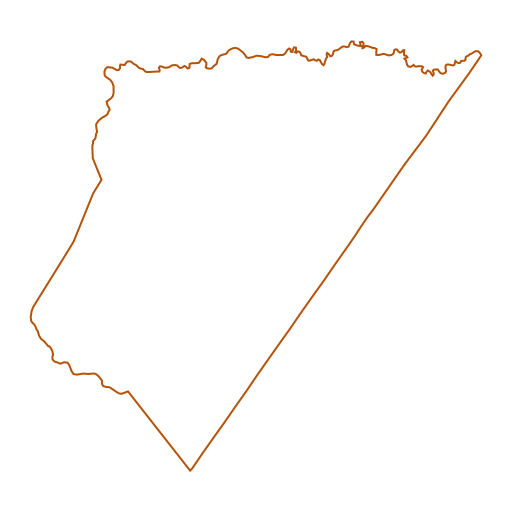 outline of Mandera East, North-Eastern, Kenya
{"feature_id": "3690345B2279611832844", "entity_name": "Mandera East", "entity_type": "district", "adm_level": 2, "iso_a3": "KEN", "parent_name": "Kenya", "parent_adm1": "North-Eastern", "projection": "albers", "projection_center": [41.581, 3.685], "detail": "fine", "context": "isolated", "style": "outline", "palette": "amber", "viewbox_px": 512, "rotation_deg": 0, "n_neighbors": 0, "source": "geoboundaries", "source_scale": "gbopen_adm2", "svg_char_len": 4272}
<svg xmlns="http://www.w3.org/2000/svg" viewBox="0 0 512 512"><path d="M190.1,470.6L192.0,468.7L203.0,452.6L214.3,436.6L224.6,422.2L236.3,405.3L246.1,391.5L257.9,374.1L267.6,360.3L279.7,343.2L290.2,328.5L300.1,314.0L308.4,302.2L312.6,296.3L324.9,279.1L335.4,263.8L347.2,247.1L355.4,235.2L358.3,230.7L367.3,217.3L374.2,208.2L400.0,171.0L405.2,163.6L426.1,135.8L428.9,131.5L436.3,120.3L441.8,111.8L448.7,101.3L467.6,75.3L469.3,73.0L481.3,55.3L480.0,53.1L478.2,51.3L475.8,51.1L473.8,52.2L471.6,53.6L469.8,54.3L468.5,55.6L467.1,56.0L465.7,57.1L465.3,60.3L464.1,60.8L462.7,60.8L461.0,61.0L460.3,62.7L458.5,63.2L457.1,62.5L455.4,61.0L454.4,64.9L452.7,65.5L450.9,65.0L449.2,64.6L447.0,64.5L445.7,65.4L445.4,67.5L445.9,70.1L446.0,71.6L444.8,73.0L442.6,73.8L440.4,73.0L438.9,71.1L437.6,69.4L435.6,69.6L434.1,69.5L432.8,70.6L433.6,72.9L433.6,74.8L432.7,75.7L431.4,74.0L430.4,72.2L427.8,70.5L426.5,71.9L425.8,73.5L424.1,73.1L422.3,71.7L421.6,69.7L422.4,68.4L423.1,67.2L421.8,66.3L419.8,66.2L418.1,66.2L416.5,66.6L415.0,66.4L413.5,64.9L412.0,66.2L410.5,66.8L408.3,66.5L407.0,64.6L406.0,60.5L404.5,58.6L405.9,58.1L407.4,57.3L406.3,55.8L404.3,55.4L403.9,54.0L404.1,52.2L404.2,50.1L402.6,50.5L401.6,52.0L400.0,52.7L398.3,51.5L397.1,49.6L395.6,49.3L394.3,50.0L393.9,52.3L393.2,53.9L391.2,55.1L388.4,55.4L386.1,54.6L384.3,53.9L382.4,54.1L380.0,54.8L378.1,55.0L376.3,54.9L376.3,51.9L376.7,49.2L374.7,48.1L372.7,47.9L368.3,46.3L365.8,45.9L364.0,47.6L362.5,48.2L362.4,46.4L363.5,45.3L363.6,43.5L362.3,41.8L359.9,42.2L360.3,44.0L361.0,46.1L358.5,45.8L356.3,45.2L354.1,44.3L353.6,41.6L351.4,41.4L350.1,42.9L349.2,45.1L348.5,46.7L346.9,47.2L345.0,46.6L342.8,46.5L341.3,47.4L339.4,48.9L337.4,50.1L335.9,50.3L333.8,51.0L333.3,52.6L333.0,54.2L331.8,55.9L330.1,56.2L329.0,54.4L327.2,52.9L326.6,54.3L326.8,55.7L327.2,57.0L326.2,58.4L325.5,60.1L324.9,62.0L324.4,64.0L323.5,65.2L321.9,63.9L319.9,60.2L318.2,59.5L316.8,60.8L315.0,60.3L313.7,59.3L311.5,60.0L309.0,60.8L307.7,59.9L307.3,58.6L306.3,56.8L303.5,56.0L301.2,55.3L300.4,52.9L299.0,51.5L297.3,51.6L296.4,52.8L295.0,52.3L296.1,50.3L295.9,47.6L294.0,47.4L293.0,49.5L292.4,51.9L290.8,51.7L290.4,49.2L289.0,48.5L287.3,49.9L285.3,53.3L283.0,55.0L280.6,55.0L278.1,55.0L276.3,55.0L274.4,54.6L272.4,54.2L269.7,54.9L268.2,56.8L266.3,57.3L263.8,56.9L261.4,56.2L256.7,55.7L253.8,56.7L252.2,57.3L250.6,57.4L249.0,57.9L246.6,57.5L245.0,54.9L243.3,52.7L238.2,48.7L235.5,47.9L232.9,48.3L230.6,49.3L228.6,50.6L227.4,52.2L226.3,53.7L224.4,54.3L222.0,54.9L220.0,55.8L219.1,56.8L217.7,59.3L217.1,62.0L216.5,64.0L214.6,65.3L212.8,67.1L211.7,68.4L209.3,68.7L206.9,68.3L205.7,67.2L206.4,64.9L206.4,62.9L203.9,59.8L201.6,58.7L200.4,60.8L198.9,62.8L195.6,63.2L192.1,63.2L189.7,63.9L189.3,68.0L187.5,68.5L186.2,66.9L184.4,66.0L182.0,67.6L180.0,68.0L178.5,66.9L177.3,65.5L175.0,65.0L172.2,65.3L169.1,67.2L166.4,67.8L163.4,67.3L161.4,66.4L159.8,66.4L158.9,67.9L159.7,69.9L159.4,71.5L155.6,71.6L152.4,71.8L149.1,72.0L146.7,72.0L145.0,71.3L143.0,69.1L140.7,68.6L138.8,67.7L136.1,65.1L134.7,64.4L132.9,63.3L131.2,61.7L129.1,61.3L127.3,61.6L126.0,63.0L124.7,65.0L122.1,64.7L120.3,64.6L120.0,66.4L120.0,68.1L119.0,69.8L116.9,70.2L114.9,69.1L112.6,67.7L107.4,67.1L105.3,69.1L104.4,71.8L104.7,75.4L105.8,76.8L107.8,78.2L110.2,79.8L112.3,82.7L113.5,86.0L113.6,90.1L113.6,92.8L112.9,96.0L111.2,98.2L108.6,100.2L106.6,101.6L107.7,105.8L109.2,108.1L109.4,108.6L109.6,110.0L108.3,111.9L107.4,114.3L105.0,116.2L102.2,117.6L98.4,120.8L96.2,124.1L96.2,126.2L96.5,128.9L97.1,131.8L96.1,133.9L95.5,138.0L94.4,139.6L93.1,141.0L93.0,143.4L92.4,145.6L92.4,148.9L92.5,151.8L92.8,158.3L101.5,179.8L93.2,193.3L73.7,241.4L69.4,248.6L68.9,249.4L68.4,250.2L56.1,270.1L35.6,303.1L33.1,307.2L31.6,311.2L30.7,316.8L31.2,321.0L32.5,322.9L34.1,324.3L35.3,326.1L36.4,329.1L37.9,331.3L39.0,335.5L40.9,338.7L44.2,341.4L48.2,346.1L48.8,346.1L50.5,347.6L52.3,351.0L53.1,354.3L52.4,356.9L52.5,359.5L54.6,361.6L57.6,362.5L60.4,363.7L64.1,362.3L67.6,362.7L69.2,365.0L71.6,371.2L73.6,374.1L77.1,374.6L80.2,374.1L82.4,373.7L85.4,373.7L88.3,374.0L91.1,373.7L94.2,373.5L96.1,374.2L98.0,375.7L100.6,378.7L102.0,380.9L102.0,383.9L103.2,386.1L106.8,387.1L108.8,387.1L110.8,388.0L112.9,389.5L116.3,391.8L119.0,393.4L121.3,393.8L124.1,392.9L128.0,391.4L190.1,470.6Z" fill="none" stroke="#b45309" stroke-width="2"/></svg>